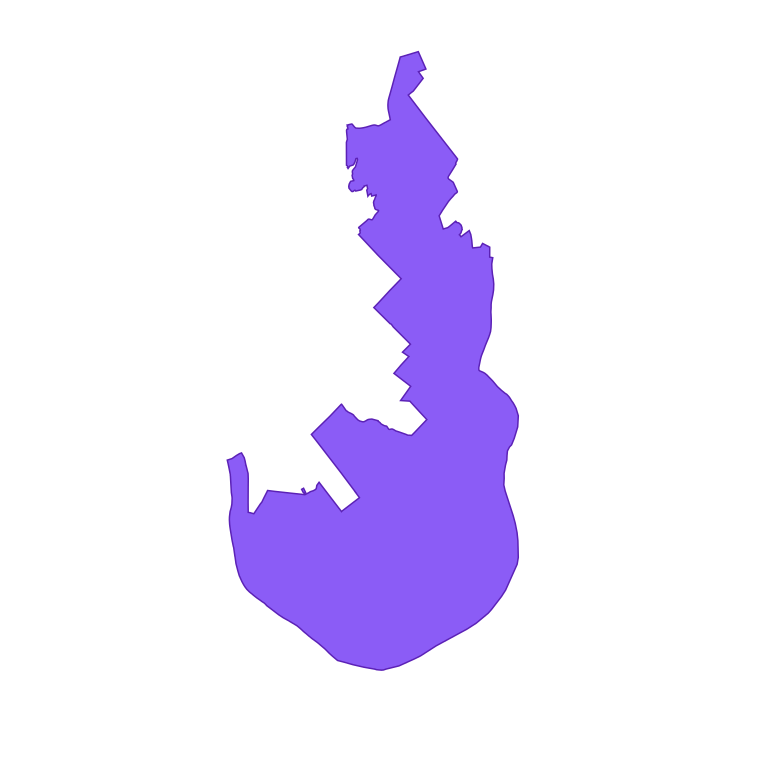 outline of Harsova, Constanta, Romania, rotated 231°
{"feature_id": "2599482B54457444635574", "entity_name": "Harsova", "entity_type": "district", "adm_level": 2, "iso_a3": "ROU", "parent_name": "Romania", "parent_adm1": "Constanta", "projection": "albers", "projection_center": [27.999, 44.706], "detail": "fine", "context": "isolated", "style": "filled", "palette": "violet", "viewbox_px": 768, "rotation_deg": 231, "n_neighbors": 0, "source": "geoboundaries", "source_scale": "gbopen_adm2", "svg_char_len": 6075}
<svg xmlns="http://www.w3.org/2000/svg" viewBox="0 0 768 768"><g transform="rotate(231 384 384)"><path d="M281.9,471.3L285.1,472.0L288.2,472.5L290.5,472.6L294.6,473.1L296.2,473.1L298.7,472.9L299.6,472.6L300.7,472.2L305.1,471.3L310.6,470.5L317.7,470.4L320.2,470.2L324.1,469.8L325.9,469.7L328.9,469.1L330.7,468.4L334.1,466.6L334.8,466.5L335.7,466.9L337.2,468.1L342.8,474.9L344.6,477.4L346.5,480.7L347.7,482.9L350.3,487.2L354.2,494.4L355.8,497.0L357.7,499.8L360.4,502.6L363.6,505.4L366.2,507.6L370.5,510.8L372.6,512.3L375.7,515.1L378.5,517.4L380.3,519.2L385.0,524.9L388.1,528.3L392.6,532.2L396.8,535.0L401.1,537.4L405.8,540.5L409.5,543.3L413.7,548.0L416.1,546.0L423.8,552.3L431.2,549.1L429.7,545.1L433.9,538.6L434.1,538.6L435.5,539.3L440.1,542.4L442.3,543.7L445.5,545.5L449.6,546.8L450.0,536.5L452.2,536.6L452.5,536.5L452.6,537.2L452.9,538.6L453.3,539.4L454.2,540.6L454.9,542.1L455.9,542.5L456.6,543.1L457.9,543.5L458.8,543.9L460.1,543.8L461.4,543.7L462.4,543.3L464.1,541.9L464.4,541.9L464.6,542.2L464.9,542.3L465.4,542.2L465.3,534.0L465.4,531.9L467.2,527.6L480.0,532.7L481.7,537.6L481.8,537.7L485.2,548.7L485.5,550.0L486.0,552.5L486.5,556.0L486.9,557.9L487.0,558.6L486.9,560.7L486.9,561.3L487.1,561.7L487.3,562.0L487.6,562.2L496.6,564.6L497.5,564.7L502.5,563.3L503.3,563.3L504.0,563.6L504.3,564.0L504.7,564.5L505.1,565.6L507.7,573.2L509.5,578.1L509.6,578.4L510.1,578.4L510.6,578.8L511.1,579.9L511.4,580.8L512.0,581.9L512.4,582.6L512.7,582.8L563.9,583.8L593.3,584.7L593.3,587.9L593.2,591.1L596.9,606.8L605.0,607.3L602.4,614.8L620.7,619.8L627.7,602.8L627.9,602.4L625.2,598.7L615.6,585.1L609.8,577.1L603.0,567.5L601.7,565.8L600.4,564.5L598.8,563.0L597.7,562.1L595.5,560.5L593.4,559.3L591.6,558.4L588.1,556.6L585.4,555.2L585.5,554.9L586.7,548.7L587.4,544.5L587.7,543.3L588.1,542.2L588.3,541.9L588.8,541.5L589.7,540.9L590.5,540.3L591.0,539.9L591.6,539.2L592.1,538.3L592.6,537.3L594.9,531.7L596.3,528.9L597.0,527.7L597.7,526.6L598.4,525.6L599.4,524.5L600.3,523.5L600.6,523.2L601.6,522.9L602.6,522.8L605.5,522.8L606.2,522.7L606.4,522.5L607.6,520.1L608.4,518.3L607.7,518.3L607.4,518.1L607.4,517.6L605.9,517.1L604.9,516.4L605.3,515.5L604.8,514.6L603.2,513.4L597.1,509.4L597.0,509.1L595.5,506.9L577.6,492.5L576.7,492.8L575.3,492.6L575.4,491.9L574.1,491.7L574.9,494.6L573.6,497.8L573.9,499.3L574.4,499.9L574.5,500.6L576.2,503.2L576.6,503.5L576.8,503.9L576.8,504.3L576.1,505.2L574.9,504.5L570.7,498.4L570.0,494.9L569.5,493.5L568.7,492.8L567.0,491.8L566.2,490.5L563.4,489.0L562.3,489.1L561.1,488.5L562.5,485.6L561.3,482.8L559.8,481.0L558.2,480.0L554.6,480.0L553.6,480.3L553.1,481.2L553.1,482.8L552.8,483.4L551.8,483.4L549.6,487.7L549.2,489.1L549.8,490.7L549.9,493.0L550.3,493.2L549.2,495.8L546.1,494.2L545.5,492.6L540.1,489.7L540.4,490.7L540.4,493.1L540.1,493.8L537.8,492.7L536.1,496.3L535.9,496.9L535.7,496.8L535.3,496.4L534.5,494.7L533.9,493.8L533.2,492.6L532.7,491.4L531.7,490.1L529.6,488.9L529.1,488.5L527.2,487.9L526.0,487.3L525.5,487.3L524.9,487.4L524.5,487.6L523.6,488.2L522.4,488.9L522.2,488.9L521.9,488.5L521.7,488.2L521.0,483.7L519.4,479.5L519.1,478.2L519.4,477.7L521.4,476.3L521.9,475.7L522.0,475.2L521.8,473.4L521.6,462.9L520.9,462.6L519.6,462.9L518.3,462.3L518.3,461.7L517.9,461.4L516.9,461.0L516.2,460.0L516.2,458.3L488.3,460.3L455.0,463.6L453.0,447.2L450.5,430.0L449.8,424.2L427.0,426.7L426.8,426.9L425.8,427.3L422.6,427.1L398.3,429.6L397.1,418.4L389.7,420.6L388.1,409.6L386.0,398.4L365.4,403.3L360.7,386.5L354.4,393.3L339.3,394.2L329.4,394.9L327.1,377.2L326.7,373.4L326.7,373.0L328.0,371.8L328.9,370.7L329.2,370.3L331.0,369.4L335.7,366.5L337.6,365.3L340.2,363.6L342.5,362.8L343.6,362.2L344.0,361.9L344.6,361.0L345.0,360.0L345.5,359.5L346.1,359.2L346.8,359.3L348.9,359.5L349.5,359.5L349.9,359.3L350.3,358.9L351.5,358.0L354.1,356.9L355.0,356.6L356.6,356.6L358.9,356.0L359.2,356.3L364.4,352.5L365.8,350.4L366.4,349.3L366.7,348.0L366.8,346.9L367.2,345.0L367.6,344.2L368.1,343.6L370.6,341.8L372.6,341.1L377.6,340.7L378.9,340.8L379.6,340.7L380.8,340.3L382.0,339.8L384.0,338.8L385.4,338.3L386.0,338.3L386.5,338.0L387.1,337.8L392.3,338.2L394.9,338.3L395.0,338.3L395.1,337.8L393.0,321.6L391.6,306.5L390.5,295.8L379.2,295.6L341.5,294.7L317.8,293.8L317.9,293.7L311.1,293.4L311.7,271.1L311.6,270.7L331.2,271.2L348.5,271.7L347.6,268.3L347.5,268.0L345.3,265.5L345.2,263.8L345.4,262.7L345.7,261.5L346.5,259.5L346.8,258.3L346.8,257.4L347.6,253.7L348.2,253.4L348.4,253.3L349.3,253.4L349.3,253.5L349.0,254.8L353.6,255.9L354.0,253.7L350.9,253.0L349.3,253.2L348.5,253.2L348.1,253.3L347.7,253.6L347.6,253.4L347.8,252.8L349.9,250.8L357.5,243.2L369.3,231.5L374.5,226.5L373.9,225.3L371.0,218.8L369.1,214.8L368.6,212.4L365.1,201.2L368.3,198.9L369.7,197.7L377.4,203.8L388.9,213.2L395.7,218.8L399.8,221.9L400.5,222.3L401.9,222.9L404.2,224.0L407.9,225.7L408.1,225.6L408.2,225.8L411.8,227.7L414.7,229.0L420.1,229.9L420.9,227.6L420.9,227.1L421.3,224.5L421.7,218.9L423.5,214.3L421.0,213.1L415.7,210.4L410.4,207.6L409.5,206.9L409.1,206.7L396.2,197.4L395.8,197.1L392.0,194.9L390.6,193.9L386.4,190.2L384.1,187.5L381.7,184.1L379.0,181.3L377.9,180.2L375.8,178.4L372.2,175.8L370.0,174.4L366.6,172.4L358.0,167.5L352.8,164.8L351.2,164.1L350.6,163.7L344.1,159.8L343.3,159.4L337.5,155.9L330.7,152.8L325.9,150.8L323.7,150.3L323.6,150.2L319.7,149.2L316.4,148.6L313.8,148.3L310.7,148.2L307.0,148.6L301.1,149.8L297.6,150.6L292.8,152.0L292.2,152.1L289.1,153.1L286.8,153.4L285.9,153.3L284.3,153.7L274.4,156.1L270.7,157.0L265.7,158.6L260.8,160.6L251.0,164.2L246.5,165.1L242.2,165.7L240.2,166.1L238.9,166.4L235.4,167.0L231.2,167.9L224.8,169.6L215.2,171.4L209.1,172.0L204.6,172.7L198.4,173.9L193.1,177.8L185.3,183.3L176.5,190.2L168.2,197.4L166.7,198.4L165.0,200.1L163.2,202.0L162.1,203.6L161.1,206.3L155.5,218.2L151.2,234.7L149.7,241.4L147.7,259.8L141.3,294.2L140.1,305.1L140.3,320.7L141.1,325.6L144.9,341.5L147.3,348.8L160.1,374.0L164.7,379.2L177.9,389.4L184.8,393.9L193.1,398.3L200.3,401.5L224.5,410.8L230.2,413.6L234.9,417.9L239.0,421.1L244.6,427.5L247.6,431.6L251.0,434.6L254.3,437.8L256.1,442.0L256.4,444.8L259.8,451.0L266.5,460.9L274.8,468.4L281.9,471.3Z" fill="#8b5cf6" stroke="#5b21b6" stroke-width="1.5"/></g></svg>